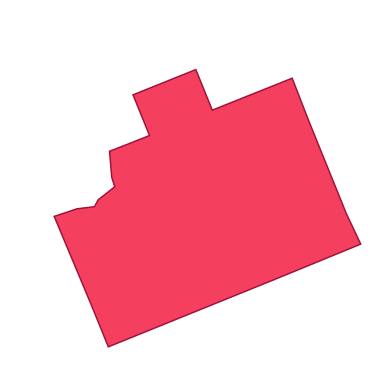 Bureau, Illinois, United States of America, rotated 158°
{"feature_id": "52423323B68616856525680", "entity_name": "Bureau", "entity_type": "district", "adm_level": 2, "iso_a3": "USA", "parent_name": "United States of America", "parent_adm1": "Illinois", "projection": "equal_earth", "projection_center": [-89.465, 41.367], "detail": "fine", "context": "isolated", "style": "filled", "palette": "rose", "viewbox_px": 384, "rotation_deg": 158, "n_neighbors": 0, "source": "geoboundaries", "source_scale": "gbopen_adm2", "svg_char_len": 414}
<svg xmlns="http://www.w3.org/2000/svg" viewBox="0 0 384 384"><g transform="rotate(158 192 192)"><path d="M145.5,80.0L55.1,80.5L57.0,114.2L57.1,215.5L56.5,260.0L142.5,260.3L142.6,304.1L210.3,304.2L210.2,260.3L238.6,260.5L253.2,260.7L260.9,235.7L261.7,225.8L281.9,219.9L288.0,214.9L304.9,219.5L328.9,221.0L327.7,125.7L327.6,98.5L327.6,79.8L145.5,80.0Z" fill="#f43f5e" stroke="#9f1239" stroke-width="1.5"/></g></svg>